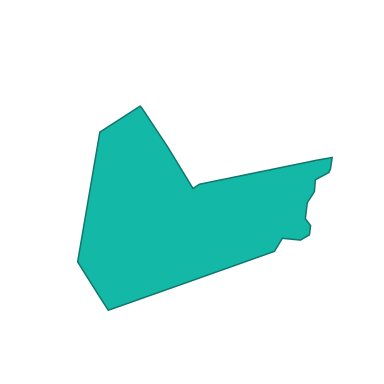 outline of Moniteau, Missouri, United States of America, rotated 56°
{"feature_id": "52423323B12079840078739", "entity_name": "Moniteau", "entity_type": "district", "adm_level": 2, "iso_a3": "USA", "parent_name": "United States of America", "parent_adm1": "Missouri", "projection": "natural_earth1", "projection_center": [-92.537, 38.675], "detail": "fine", "context": "isolated", "style": "filled", "palette": "teal", "viewbox_px": 384, "rotation_deg": 56, "n_neighbors": 0, "source": "geoboundaries", "source_scale": "gbopen_adm2", "svg_char_len": 461}
<svg xmlns="http://www.w3.org/2000/svg" viewBox="0 0 384 384"><g transform="rotate(56 192 192)"><path d="M186.0,325.9L227.1,327.2L243.2,327.5L271.5,218.2L287.3,156.8L280.9,143.0L292.5,129.0L293.2,118.6L286.2,112.5L277.6,113.0L265.3,102.4L260.1,90.3L250.8,82.8L252.4,67.7L250.2,64.2L241.8,56.5L235.3,71.0L189.8,181.3L189.7,184.8L189.6,189.2L141.5,187.0L94.2,186.6L91.8,187.0L90.8,234.9L186.0,325.9Z" fill="#14b8a6" stroke="#0f766e" stroke-width="1.5"/></g></svg>